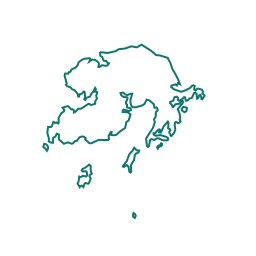 Ongjin, Hwanghae-namdo, North Korea (orthographic projection), rotated 331°
{"feature_id": "82179303B18261928237919", "entity_name": "Ongjin", "entity_type": "district", "adm_level": 2, "iso_a3": "PRK", "parent_name": "North Korea", "parent_adm1": "Hwanghae-namdo", "projection": "orthographic", "projection_center": [125.207, 37.865], "detail": "fine", "context": "isolated", "style": "outline", "palette": "teal", "viewbox_px": 256, "rotation_deg": 331, "n_neighbors": 0, "source": "geoboundaries", "source_scale": "gbopen_adm2", "svg_char_len": 4565}
<svg xmlns="http://www.w3.org/2000/svg" viewBox="0 0 256 256"><g transform="rotate(331 128 128)"><path d="M196.7,85.9L193.4,82.4L191.2,80.1L187.9,77.8L185.8,72.0L180.3,61.7L174.8,61.7L170.5,58.2L163.9,57.0L158.4,54.7L154.0,54.7L146.3,52.4L141.0,48.6L139.9,48.7L138.8,51.5L139.9,53.4L139.3,56.4L139.7,57.7L141.5,58.7L141.6,61.0L142.7,62.2L140.4,63.3L138.7,62.9L135.8,60.5L132.6,60.9L131.7,60.2L133.5,58.3L134.0,56.6L133.7,55.8L132.3,52.5L129.9,50.8L126.5,51.1L128.5,49.6L128.3,48.4L123.7,46.4L121.3,46.0L116.5,46.6L114.9,48.3L112.8,49.4L110.6,49.8L107.2,49.4L104.7,50.9L103.4,50.5L101.9,51.5L99.5,49.9L98.0,51.3L96.4,57.6L95.9,59.5L94.7,60.1L94.9,61.7L97.5,64.7L97.9,67.1L99.4,68.6L100.5,73.6L99.7,76.3L100.4,76.8L102.2,75.1L104.2,75.5L107.2,74.7L107.5,75.6L105.6,79.9L103.7,81.8L104.1,82.7L106.4,81.5L110.0,82.1L113.1,80.0L115.9,79.1L117.3,78.0L118.7,77.0L118.8,78.5L116.6,80.2L118.2,81.0L118.5,81.8L115.8,84.4L115.1,87.2L112.5,88.6L110.9,90.9L106.6,89.9L105.8,88.1L105.0,87.7L96.4,88.4L93.7,87.0L90.0,88.3L88.3,88.2L89.3,86.4L88.7,84.8L87.3,84.1L86.7,81.4L86.4,80.4L85.8,79.6L80.6,78.5L81.0,81.4L80.1,82.4L76.9,82.7L72.3,85.4L69.8,89.9L69.1,90.3L67.9,88.3L66.8,88.3L65.7,86.5L62.4,89.4L61.1,89.8L60.2,89.3L58.6,88.3L55.1,93.1L53.8,98.6L52.8,100.4L52.2,101.3L53.5,103.4L55.2,104.5L57.7,100.4L60.2,100.3L60.6,100.2L62.9,98.4L64.4,100.2L62.0,104.5L64.3,110.7L68.5,111.4L70.9,114.3L72.5,114.8L74.8,113.8L77.2,114.4L81.1,112.6L83.6,113.1L85.2,114.2L85.3,114.4L86.1,116.3L85.0,117.2L86.9,122.6L88.3,123.5L96.6,124.2L104.7,128.9L106.0,128.5L107.1,125.6L110.9,123.2L111.7,123.6L110.0,126.0L112.2,127.6L114.6,128.3L119.0,127.2L121.8,126.9L125.5,126.6L129.5,122.0L132.3,121.7L136.8,117.3L135.2,113.9L131.1,111.5L131.9,110.2L133.2,109.8L137.0,113.6L139.4,113.7L139.7,111.9L137.1,109.5L138.5,107.2L138.1,105.8L138.7,104.3L141.0,103.0L142.2,101.4L141.9,100.4L139.4,99.0L138.6,97.6L138.0,95.8L138.4,93.8L140.9,94.7L141.9,97.5L143.3,98.8L147.3,99.4L148.3,100.1L144.0,104.3L142.4,107.0L141.7,110.4L142.3,112.3L145.3,113.8L151.8,115.2L154.3,114.9L158.0,112.2L160.2,114.4L162.1,119.7L160.9,123.1L162.9,123.9L163.1,125.3L162.5,127.0L160.2,127.4L157.7,131.5L154.9,133.0L154.3,136.0L149.9,140.0L138.8,145.9L135.8,153.1L136.4,154.3L137.7,153.9L141.5,149.2L143.1,149.0L144.9,151.1L148.2,151.1L150.1,152.2L152.1,155.2L155.7,157.6L156.8,157.7L157.3,157.7L158.1,156.1L156.8,153.9L153.0,150.0L148.3,148.1L147.3,146.3L147.7,145.0L149.3,145.7L153.5,144.2L155.0,144.5L155.1,145.4L153.1,146.9L154.5,148.0L160.0,143.9L166.0,141.7L166.2,142.7L162.9,147.8L164.0,149.2L164.0,150.4L162.0,151.6L161.7,155.7L162.2,156.1L166.1,154.4L168.4,152.7L170.5,147.5L172.1,145.9L173.2,146.3L174.3,148.1L175.8,148.4L177.2,147.8L177.1,145.8L178.4,144.8L180.1,140.5L180.7,135.5L187.6,132.9L188.8,131.9L188.9,130.5L188.3,130.5L187.3,130.4L184.9,131.7L180.8,130.2L178.0,131.6L177.2,131.1L177.6,129.2L176.9,126.7L177.3,125.7L180.8,126.0L183.6,123.6L185.6,124.1L186.3,125.9L185.3,128.0L186.0,129.0L188.7,129.2L192.2,128.2L192.8,129.0L191.8,132.2L193.8,132.8L196.1,132.0L198.3,132.7L201.4,130.5L202.9,129.4L203.9,129.8L204.5,131.3L202.7,135.8L203.8,135.9L206.2,133.9L207.2,133.9L207.3,135.8L206.3,138.2L206.8,138.9L210.5,137.0L210.8,136.2L209.7,134.0L211.2,132.5L211.3,130.5L208.8,127.7L207.2,127.3L205.3,128.0L204.5,126.4L206.7,123.5L206.0,122.4L204.4,122.1L202.1,123.0L198.1,123.0L197.1,123.0L192.0,122.1L187.1,116.6L185.6,113.0L186.5,112.0L190.7,112.9L191.4,114.5L193.3,112.9L194.6,114.9L195.4,110.1L195.5,105.5L195.5,97.4L196.6,91.7L196.7,85.9ZM76.3,141.2L71.5,142.0L68.3,141.8L66.9,142.7L67.0,143.9L70.3,145.4L70.6,146.7L69.0,149.8L67.7,150.0L65.3,148.0L64.9,148.0L62.9,148.1L61.8,146.8L60.1,149.2L59.0,150.7L57.0,152.1L57.1,156.3L58.2,155.7L59.6,155.9L60.1,157.1L60.4,158.0L63.0,155.6L64.2,155.5L66.1,157.4L67.2,157.2L70.9,154.1L70.9,151.5L71.7,150.5L74.2,150.4L74.7,147.2L76.9,143.2L76.3,141.2ZM126.8,153.2L124.7,151.6L123.9,148.3L120.5,150.3L116.4,151.6L110.7,156.5L105.3,158.7L104.9,159.3L105.2,159.6L105.5,160.0L108.9,159.8L109.7,162.1L108.0,166.9L108.5,168.1L109.6,167.8L112.5,162.0L117.7,159.0L120.9,155.0L122.5,154.2L125.3,154.5L126.8,153.2ZM187.4,141.4L189.3,139.2L188.5,137.9L186.6,136.4L184.3,137.3L183.6,138.6L184.9,141.3L186.0,141.7L187.4,141.4ZM48.2,107.3L48.8,105.9L49.0,104.2L48.5,102.6L47.1,101.2L44.7,103.5L45.8,105.9L46.0,108.6L48.2,107.3ZM150.1,158.3L149.6,157.4L147.6,158.5L145.7,158.2L144.1,159.0L144.1,160.5L146.4,159.3L147.7,159.9L149.3,159.6L150.1,158.3ZM92.2,208.6L92.4,206.8L91.6,205.0L90.2,206.5L89.5,208.3L90.3,210.0L92.2,208.6Z" fill="none" stroke="#0f766e" stroke-width="2"/></g></svg>